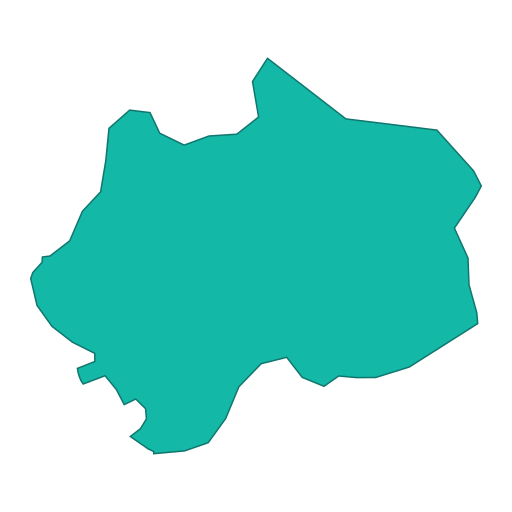 the border of Edineţ
{"feature_id": "MDA-1615", "entity_name": "Edineţ", "entity_type": "District", "adm_level": 1, "iso_a3": "MDA", "parent_name": "Moldova", "parent_adm1": "", "projection": "equal_earth", "projection_center": [27.238, 48.122], "detail": "fine", "context": "isolated", "style": "filled", "palette": "teal", "viewbox_px": 512, "rotation_deg": 0, "n_neighbors": 0, "source": "natural_earth", "source_scale": "10m", "svg_char_len": 880}
<svg xmlns="http://www.w3.org/2000/svg" viewBox="0 0 512 512"><path d="M83.2,384.0L81.1,380.9L79.5,377.1L78.2,373.0L77.4,368.4L94.8,361.5L94.8,353.4L72.4,342.2L52.0,326.4L37.0,305.4L30.7,278.5L32.9,272.4L42.0,262.4L42.4,257.0L50.0,256.0L69.7,240.8L82.4,211.3L100.6,191.8L105.8,160.6L109.0,128.3L129.7,110.1L150.0,112.6L159.7,133.2L184.1,145.1L209.0,136.0L236.8,134.2L258.6,117.0L252.5,81.5L267.5,58.3L345.9,118.9L436.9,130.1L473.6,170.9L481.3,186.0L475.3,197.3L454.4,228.1L468.0,258.1L469.0,284.8L476.8,312.8L477.7,323.6L409.3,367.0L375.7,377.5L356.7,377.6L338.7,376.0L324.0,386.3L302.2,377.4L286.7,357.3L261.2,363.7L238.9,386.7L225.7,418.5L208.2,442.7L184.6,450.9L160.4,453.1L153.7,453.7L153.7,451.5L148.3,449.0L130.3,436.5L140.5,428.6L146.4,418.9L145.6,408.7L135.7,399.0L124.2,404.6L116.4,389.6L105.1,375.7L83.2,384.0Z" fill="#14b8a6" stroke="#0f766e" stroke-width="1.5"/></svg>